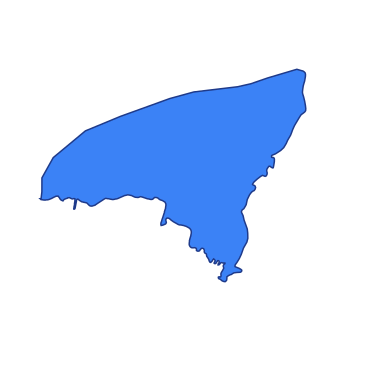 Cap Estate/Upper Saline Point, Saint Lucia, rotated 161°
{"feature_id": "8701671B39792436227120", "entity_name": "Cap Estate/Upper Saline Point", "entity_type": "district", "adm_level": 2, "iso_a3": "LCA", "parent_name": "Saint Lucia", "parent_adm1": "", "projection": "mercator", "projection_center": [-60.944, 14.108], "detail": "fine", "context": "isolated", "style": "filled", "palette": "blue", "viewbox_px": 384, "rotation_deg": 161, "n_neighbors": 0, "source": "geoboundaries", "source_scale": "gbopen_adm2", "svg_char_len": 6047}
<svg xmlns="http://www.w3.org/2000/svg" viewBox="0 0 384 384"><g transform="rotate(161 192 192)"><path d="M337.8,235.1L337.2,233.9L336.2,233.5L335.6,233.1L335.1,232.8L334.2,232.5L333.7,232.2L333.1,232.1L332.3,232.0L331.5,231.7L330.8,231.6L330.3,231.5L329.8,231.5L329.2,231.5L328.7,231.5L327.8,231.6L327.2,231.6L326.6,231.6L326.0,231.8L325.5,231.9L324.8,231.9L324.4,232.0L323.8,232.1L323.2,232.1L322.7,232.2L322.2,232.3L321.5,232.2L321.0,232.0L320.5,231.8L320.0,231.8L319.8,231.3L319.6,230.6L319.3,229.9L319.2,229.3L319.1,228.5L318.7,227.6L318.4,227.0L317.7,226.3L316.9,225.6L316.1,226.2L315.6,226.5L314.8,226.7L313.9,226.7L313.4,226.8L312.5,226.7L311.9,226.7L311.1,227.0L310.3,226.6L309.6,226.5L309.1,226.0L308.7,225.5L308.1,224.9L307.4,224.4L306.8,224.3L306.2,224.3L305.7,224.2L304.9,223.7L305.2,222.7L305.6,221.8L305.9,221.1L306.1,220.7L306.6,219.9L306.9,219.3L307.2,218.4L307.4,217.9L307.8,217.4L308.3,216.6L308.5,216.1L308.9,215.3L309.2,214.9L309.3,214.3L308.7,214.1L308.2,214.3L307.8,214.8L307.5,215.3L304.3,220.9L303.9,221.6L303.7,222.0L303.1,222.5L302.6,222.5L302.1,222.3L301.8,221.9L301.2,220.8L300.9,220.4L300.6,220.0L300.1,219.5L299.7,218.8L299.3,218.6L298.9,218.3L298.2,217.9L297.4,217.3L296.7,217.0L296.0,216.5L295.2,216.1L294.7,215.3L294.4,214.6L294.0,213.8L293.8,213.3L293.4,212.7L293.1,212.3L292.8,211.9L292.0,211.6L291.4,211.3L291.0,211.2L289.6,211.2L288.9,211.1L288.5,211.2L287.8,211.1L287.3,211.4L286.6,211.5L285.3,211.9L276.9,214.0L275.8,214.1L274.9,213.7L274.3,213.3L273.3,212.9L272.7,212.6L271.7,211.9L270.9,211.5L270.1,211.0L269.5,210.7L268.7,210.5L268.2,210.4L267.3,210.3L266.8,210.3L266.2,210.2L265.5,210.0L264.4,210.0L263.9,210.0L262.9,210.1L256.6,210.6L255.9,210.4L255.3,210.4L254.5,210.3L253.8,210.3L253.0,209.9L252.5,209.6L251.7,209.2L251.2,208.8L250.5,208.5L250.1,208.1L249.7,207.7L249.2,207.2L248.8,206.8L248.4,206.4L247.9,206.0L247.5,205.6L247.1,205.4L246.2,205.0L245.6,204.7L244.7,204.4L244.0,204.3L243.3,204.4L242.8,204.4L242.0,204.3L241.6,204.0L240.8,203.5L240.4,203.2L240.0,202.9L239.5,202.5L239.1,202.2L238.7,201.9L238.3,201.6L237.9,201.3L237.4,200.9L236.8,200.4L235.8,199.8L235.3,199.6L234.8,199.3L234.0,198.7L233.2,198.3L232.6,198.1L232.0,198.0L231.5,198.0L231.0,198.2L230.3,198.5L229.7,198.8L229.2,199.0L228.6,198.8L227.9,198.6L227.4,198.3L226.6,197.8L226.3,197.4L225.9,196.9L225.6,196.3L225.2,195.5L224.7,195.2L224.4,194.8L223.9,194.4L223.5,194.1L223.1,193.8L222.7,193.5L222.3,193.0L221.9,192.5L221.4,191.9L221.1,191.5L220.8,191.1L220.7,190.2L220.6,189.2L220.8,188.6L220.9,188.0L221.3,187.4L221.6,186.8L221.9,186.2L222.2,185.6L222.4,185.0L222.9,184.5L223.2,184.1L223.5,183.6L224.0,183.0L224.5,182.3L224.9,181.3L225.6,180.6L227.8,177.6L229.1,176.0L230.2,174.4L231.4,172.9L232.0,171.5L232.1,170.4L231.5,170.3L230.6,170.2L229.6,170.2L228.5,170.3L227.4,170.4L226.8,170.8L226.2,171.5L226.1,172.5L226.0,173.4L225.9,174.2L225.6,174.6L225.1,175.1L224.4,175.4L223.8,175.4L222.6,174.8L222.2,174.4L221.8,173.8L221.5,173.3L221.0,172.4L220.7,171.9L220.0,171.0L219.4,170.1L218.9,169.5L218.3,168.8L217.8,168.3L217.3,167.7L216.7,167.1L216.3,166.5L215.9,166.1L215.5,165.7L214.9,165.2L214.4,164.9L214.0,164.7L213.5,164.6L213.0,164.3L212.6,164.1L211.9,163.6L211.4,163.4L211.0,163.1L210.6,162.9L209.8,162.2L209.0,161.7L208.1,160.8L207.1,159.7L206.6,159.1L206.1,158.5L205.8,157.8L205.6,157.0L205.4,156.1L205.6,154.6L205.9,153.8L206.5,152.5L207.0,151.8L207.3,151.1L207.8,150.4L208.3,149.8L208.7,149.1L209.2,148.5L209.7,147.7L210.2,147.0L210.5,146.1L210.8,145.5L211.1,144.9L211.5,143.9L211.8,143.0L211.8,142.3L211.6,141.0L211.1,140.1L210.7,139.6L210.0,139.2L208.9,138.8L208.0,138.6L207.4,138.4L206.4,137.4L206.3,136.9L206.4,136.3L206.8,135.6L206.8,135.1L206.0,134.3L205.2,134.0L204.5,133.9L203.8,134.1L203.3,134.6L202.2,135.2L201.4,135.6L200.3,135.3L199.5,134.6L199.3,132.9L199.9,131.5L199.9,130.7L199.6,129.9L198.9,129.2L198.6,128.6L198.8,127.6L199.0,126.5L198.7,125.3L198.3,123.8L198.1,122.8L198.2,121.3L197.9,119.8L197.2,119.3L195.5,120.1L194.4,121.1L193.3,121.7L192.9,121.0L192.4,119.8L192.8,119.0L193.6,118.4L194.3,117.6L194.1,117.1L193.5,116.7L192.6,116.8L190.9,118.1L190.1,118.7L189.4,118.5L188.9,117.8L189.0,117.1L189.4,116.4L190.7,115.5L191.1,114.6L190.5,114.4L189.6,114.5L188.5,115.3L188.0,115.6L187.3,115.7L186.7,115.4L185.7,114.7L184.0,114.1L184.2,113.5L185.2,113.2L186.3,112.4L186.7,111.4L186.7,110.2L186.9,109.5L188.8,107.7L190.5,106.3L191.4,105.1L191.7,103.6L192.4,102.5L193.1,102.4L193.9,103.0L194.7,103.0L195.1,102.3L194.9,101.3L193.7,100.3L192.4,98.1L190.8,96.8L189.6,96.4L188.1,97.2L187.5,98.2L187.0,99.4L186.6,100.5L184.6,101.1L182.7,101.3L181.5,101.2L180.3,101.6L178.7,101.9L175.7,101.3L173.6,100.7L172.5,100.4L171.6,100.5L170.7,101.1L170.4,101.9L171.0,103.0L172.3,104.5L175.6,107.4L175.4,108.2L174.8,109.1L172.4,110.8L169.0,113.6L165.7,117.0L161.6,122.2L156.4,126.8L154.3,130.0L152.7,135.0L151.8,139.0L151.8,141.4L151.9,148.6L151.4,152.9L151.6,154.9L151.8,156.5L151.5,157.6L150.3,158.8L148.5,159.3L146.3,161.1L144.9,162.4L142.2,166.9L140.0,169.1L138.5,170.6L136.8,171.8L135.2,172.7L133.5,173.1L132.8,173.1L131.5,174.0L130.4,175.5L130.4,177.1L131.0,178.0L131.7,178.5L132.3,179.4L131.9,180.0L130.1,181.3L125.9,183.1L122.0,184.4L120.0,184.8L118.7,183.8L117.8,183.0L116.5,183.1L115.3,184.3L114.7,185.5L114.5,187.7L113.8,189.1L112.3,190.4L110.8,191.3L109.8,190.9L108.9,189.4L107.7,188.4L107.2,188.6L105.9,190.8L104.2,194.0L103.4,196.2L103.3,197.3L104.0,198.2L104.9,198.5L105.4,198.9L105.1,200.1L104.7,200.5L104.2,200.7L100.7,200.9L94.6,202.4L90.8,204.1L87.1,207.2L84.8,209.7L83.2,211.1L80.3,213.6L78.6,215.6L76.6,218.1L73.5,221.4L66.8,227.1L64.2,229.2L63.2,229.7L61.2,230.3L59.3,231.0L58.1,231.9L57.3,233.7L56.6,236.8L55.9,241.3L55.5,245.6L55.4,248.7L55.1,250.4L53.9,253.0L52.4,255.9L51.0,258.0L49.4,260.2L48.3,262.2L47.2,264.2L46.5,265.9L46.2,267.6L46.7,268.9L47.7,270.3L49.1,271.2L52.9,273.9L83.2,275.2L101.3,275.2L114.8,276.7L129.1,279.8L157.7,286.0L182.6,287.6L235.3,286.8L272.9,284.5L312.0,269.7L329.3,254.2L333.9,241.0L336.9,234.8L337.8,235.1Z" fill="#3b82f6" stroke="#1e3a8a" stroke-width="1.5"/></g></svg>